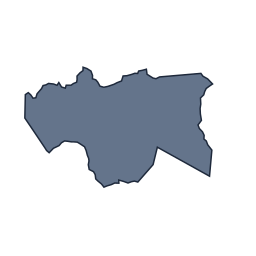 Jacuípe, Alagoas, Brazil (Mercator projection), rotated 341°
{"feature_id": "56859067B28231975677690", "entity_name": "Jacuípe", "entity_type": "district", "adm_level": 2, "iso_a3": "BRA", "parent_name": "Brazil", "parent_adm1": "Alagoas", "projection": "mercator", "projection_center": [-35.457, -8.891], "detail": "fine", "context": "isolated", "style": "filled", "palette": "slate", "viewbox_px": 256, "rotation_deg": 341, "n_neighbors": 0, "source": "geoboundaries", "source_scale": "gbopen_adm2", "svg_char_len": 1399}
<svg xmlns="http://www.w3.org/2000/svg" viewBox="0 0 256 256"><g transform="rotate(341 128 128)"><path d="M41.8,63.0L33.7,85.0L37.7,99.8L42.9,119.4L43.7,122.8L45.4,125.7L50.9,122.9L57.1,122.2L60.3,120.3L63.8,119.6L66.6,120.9L69.8,122.6L72.3,123.5L75.5,124.9L77.5,127.3L80.8,131.6L81.1,135.7L80.7,140.6L80.9,143.8L80.4,146.4L78.5,149.8L77.8,154.6L81.2,158.1L81.8,161.4L80.9,165.6L82.3,168.4L84.7,172.3L86.0,176.1L89.3,175.9L93.9,176.1L97.5,175.7L101.4,177.2L102.3,174.2L106.5,177.1L110.1,180.0L113.8,179.9L116.8,180.3L119.7,182.3L139.8,170.8L149.5,155.7L189.4,200.1L200.1,176.2L197.9,169.8L197.8,165.8L196.2,163.1L197.6,159.7L197.2,155.9L195.3,151.7L195.2,147.9L199.9,144.7L201.0,138.3L202.5,133.1L204.6,129.1L206.3,123.2L210.4,121.3L212.3,118.6L214.8,116.1L218.6,114.9L222.3,113.9L219.3,107.5L215.7,103.4L214.7,100.1L174.5,90.0L170.5,90.5L167.9,88.9L163.5,83.4L164.5,78.4L160.2,78.1L156.6,77.6L154.9,79.6L152.3,78.5L148.7,78.5L144.0,78.2L140.3,77.2L137.2,81.4L132.3,81.6L129.1,82.1L126.5,82.1L122.5,82.1L118.4,81.6L115.1,79.3L114.3,74.7L113.2,71.9L110.4,69.9L111.6,66.7L111.5,62.1L108.5,58.4L105.3,55.9L104.1,59.1L100.6,60.2L96.7,62.3L95.6,65.7L94.3,68.0L90.7,68.2L88.1,69.0L83.5,67.4L81.7,69.9L78.5,67.6L77.4,62.5L74.8,64.5L72.0,62.2L67.4,60.0L64.4,60.5L61.5,60.2L59.1,62.6L53.2,66.0L50.7,69.4L47.9,68.9L46.8,64.9L45.2,62.1L41.8,63.0Z" fill="#64748b" stroke="#1e293b" stroke-width="1.5"/></g></svg>